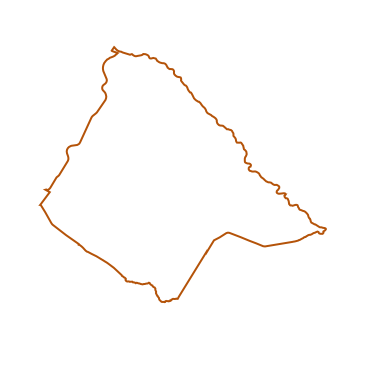 outline of Capital, Tucumán, Argentina, rotated 290°
{"feature_id": "61730980B8317426780894", "entity_name": "Capital", "entity_type": "district", "adm_level": 2, "iso_a3": "ARG", "parent_name": "Argentina", "parent_adm1": "Tucumán", "projection": "orthographic", "projection_center": [-65.196, -26.847], "detail": "fine", "context": "isolated", "style": "outline", "palette": "amber", "viewbox_px": 384, "rotation_deg": 290, "n_neighbors": 0, "source": "geoboundaries", "source_scale": "gbopen_adm2", "svg_char_len": 5932}
<svg xmlns="http://www.w3.org/2000/svg" viewBox="0 0 384 384"><g transform="rotate(290 192 192)"><path d="M301.5,69.3L297.3,68.2L297.2,68.3L297.1,70.0L297.2,73.5L297.1,74.6L296.5,74.2L295.6,74.0L295.0,73.4L293.6,72.8L292.1,71.4L289.9,68.8L288.8,68.2L287.3,66.8L286.7,66.7L285.8,66.2L283.1,65.4L281.1,65.3L279.0,65.6L277.2,66.2L275.3,67.3L268.9,73.2L267.8,73.8L266.4,74.0L265.5,73.9L264.3,73.5L262.1,72.1L260.7,71.7L259.4,71.9L258.2,72.4L257.6,72.9L257.2,73.4L255.9,75.9L255.3,76.7L254.3,77.6L252.4,78.8L250.7,79.2L248.9,79.2L234.2,75.4L233.0,74.8L229.4,72.6L227.9,72.1L200.8,69.9L199.0,69.6L198.3,69.2L197.0,68.1L196.6,67.4L194.2,62.9L193.7,62.3L192.2,61.0L190.9,60.4L189.2,60.1L188.3,60.2L187.3,60.4L185.6,61.3L183.2,63.3L182.1,64.0L181.2,64.4L180.2,64.7L178.6,64.7L162.4,61.4L161.1,60.8L160.4,60.3L159.3,59.7L147.4,57.4L146.3,57.0L145.0,56.2L144.6,55.7L144.4,55.2L144.5,54.2L144.0,53.5L143.2,58.4L128.0,53.8L128.1,54.1L127.6,54.9L122.8,61.0L114.8,70.3L114.0,71.4L113.6,72.2L110.1,83.1L108.4,88.4L104.4,103.3L103.9,103.3L103.6,103.5L103.7,104.0L103.9,104.3L103.1,106.8L102.3,108.7L100.5,112.1L100.0,113.8L100.1,114.7L99.5,118.9L98.9,124.3L96.4,136.6L94.0,144.5L89.8,154.4L89.2,154.9L88.9,156.5L88.5,157.2L88.5,158.0L88.2,158.8L87.9,159.4L87.6,159.6L87.4,159.6L86.9,159.5L86.6,159.6L85.8,160.7L85.7,161.7L86.2,162.7L86.4,163.5L86.3,163.8L86.3,164.2L86.9,165.5L87.1,166.1L87.3,166.4L87.2,167.0L86.9,167.3L86.9,167.5L87.3,168.6L87.2,169.2L87.3,169.8L87.1,170.4L87.6,170.7L87.8,171.1L87.9,171.9L87.8,172.7L88.1,174.1L88.0,175.1L88.3,177.1L88.5,177.5L88.9,177.9L89.4,179.1L90.2,180.2L90.9,181.7L92.0,182.5L92.0,183.3L91.2,184.2L90.6,185.8L90.6,186.8L90.0,187.3L89.7,187.9L89.5,188.5L89.5,189.5L88.7,190.6L87.5,191.0L86.0,192.4L85.5,192.6L84.9,192.6L84.5,192.8L84.0,193.4L83.4,193.9L83.1,194.4L82.6,194.8L82.6,195.2L82.1,195.6L81.2,197.1L80.3,197.6L79.4,198.5L79.0,199.6L78.6,200.2L78.4,201.4L79.1,203.2L79.1,203.8L79.4,204.3L80.1,204.3L80.8,205.0L80.8,205.6L81.4,207.2L81.3,207.5L82.2,208.8L82.4,209.0L82.8,208.8L83.1,209.4L83.4,209.6L83.8,209.5L84.2,209.9L85.1,210.7L85.6,212.6L86.0,213.1L86.2,213.7L86.5,213.9L86.7,215.1L89.3,215.5L140.7,226.1L140.2,226.4L154.1,229.2L158.8,233.5L165.2,238.4L166.1,239.7L166.4,241.2L166.2,253.2L165.8,262.8L165.7,270.1L165.4,277.4L165.8,279.2L179.5,303.5L180.2,304.6L180.6,305.4L181.7,307.0L182.7,308.4L183.3,308.8L183.4,309.1L184.3,310.1L185.1,310.7L186.9,312.4L188.0,313.0L188.5,314.0L188.8,314.3L189.6,314.6L190.2,315.3L191.1,315.9L191.9,316.9L192.1,317.6L192.3,317.9L193.3,319.0L194.9,320.2L195.9,321.6L196.6,322.2L197.7,323.4L197.7,324.5L197.4,324.8L196.9,325.2L196.6,325.8L196.6,326.2L196.7,327.1L197.4,329.0L197.7,329.2L198.7,329.5L199.4,329.0L199.9,329.0L201.4,330.1L202.5,330.5L203.0,330.5L203.4,330.0L203.5,329.1L203.1,327.1L203.1,325.8L202.7,324.6L202.6,323.9L203.7,319.0L203.5,318.2L203.7,317.3L204.1,314.6L204.9,313.7L206.6,312.6L207.2,312.0L207.1,311.8L207.3,311.5L207.8,310.7L208.5,310.0L210.3,308.7L211.2,307.2L212.1,305.3L212.3,304.1L212.3,303.5L212.2,302.8L212.3,300.5L212.3,300.0L212.2,299.7L212.3,299.1L212.5,298.7L213.3,298.1L213.9,297.1L215.5,295.9L215.7,295.6L215.7,294.7L215.2,293.5L213.5,291.3L213.4,290.0L213.1,289.3L213.1,288.7L213.3,288.3L213.8,287.8L213.9,287.4L216.6,285.9L218.4,284.2L218.5,283.2L218.2,282.3L218.7,281.3L219.2,280.6L220.0,280.3L221.0,280.7L221.5,280.8L221.4,280.6L221.7,280.7L222.1,280.6L222.5,279.8L222.2,278.6L220.7,275.7L220.6,275.2L220.3,274.9L220.0,274.0L220.0,273.1L220.2,272.2L220.4,271.9L220.8,271.6L221.8,271.4L222.6,271.6L223.6,272.2L225.7,272.6L226.5,272.3L227.0,272.0L227.1,271.8L227.4,270.8L227.7,269.2L226.8,267.0L227.0,265.3L227.8,263.1L227.6,261.6L227.2,260.4L227.4,257.9L227.8,257.1L228.1,256.2L228.9,254.6L229.1,253.8L229.4,253.0L229.4,252.5L229.8,251.7L230.5,250.8L230.8,250.1L231.5,249.6L232.3,248.6L232.6,247.7L233.0,245.7L232.9,244.2L232.2,242.7L231.8,241.6L231.8,239.8L231.7,239.1L231.9,238.6L232.4,237.9L232.8,237.5L234.0,237.1L234.7,237.2L235.1,237.5L235.4,237.6L235.8,238.3L237.1,238.3L237.8,237.9L238.2,237.1L238.3,236.2L237.8,234.5L237.8,233.1L237.9,232.2L238.2,231.6L239.0,231.1L241.4,230.2L242.9,230.1L244.0,230.4L245.9,230.5L246.6,230.3L247.2,229.9L247.9,229.6L248.6,229.1L249.1,228.3L249.7,227.1L249.9,226.3L250.5,225.8L251.7,225.2L252.0,224.8L252.9,224.4L253.3,223.8L253.8,223.3L254.0,222.9L255.0,221.5L255.1,221.0L255.0,220.4L254.5,219.6L254.0,218.1L253.8,217.3L254.4,216.5L255.1,215.9L256.1,215.4L257.2,214.6L258.3,212.9L258.6,212.1L258.8,211.9L259.7,211.4L260.6,211.2L261.4,210.7L262.0,209.8L263.0,208.8L263.5,207.6L263.5,207.0L263.3,205.8L263.4,204.6L262.9,203.4L264.4,199.7L264.8,198.4L264.5,197.0L264.1,195.8L264.1,194.5L264.7,193.1L265.2,192.3L266.6,191.2L267.4,191.0L268.5,190.2L269.4,188.7L270.0,186.6L270.3,184.7L270.8,183.8L271.4,179.8L271.8,179.0L272.6,177.9L273.7,177.1L274.7,176.0L275.4,174.9L276.2,172.8L277.2,171.2L278.0,170.1L278.5,169.4L279.2,167.7L279.0,167.3L279.0,166.9L279.3,165.8L279.4,164.9L280.0,163.3L280.7,161.9L283.7,158.8L284.9,157.3L285.1,156.8L284.9,156.1L286.2,154.0L287.2,152.9L288.6,151.8L289.4,150.8L289.9,149.9L289.9,149.0L290.2,147.9L292.6,144.0L293.1,143.5L294.2,143.3L295.1,142.8L295.7,142.2L295.7,141.0L295.5,140.4L295.3,138.9L295.3,138.3L295.7,136.8L296.4,135.4L296.9,134.8L297.7,134.3L299.4,133.8L300.0,133.2L300.5,132.5L300.7,131.7L300.2,129.7L299.9,129.1L299.9,128.6L300.1,127.8L300.6,126.4L301.1,126.1L301.8,125.2L302.5,124.5L303.3,123.1L303.4,122.0L303.3,121.2L302.9,120.0L302.7,117.9L302.8,116.5L303.5,114.1L304.0,113.7L305.0,112.3L304.7,109.7L303.6,108.2L303.2,107.0L303.3,106.5L303.7,105.8L304.8,104.9L305.3,104.0L305.5,103.1L305.6,101.3L305.2,99.7L305.0,99.0L304.1,98.6L303.1,97.5L302.0,95.6L301.2,94.2L300.6,93.3L300.2,92.2L300.2,91.2L300.4,90.2L300.6,89.4L300.9,88.9L301.0,88.4L300.8,88.0L299.8,86.8L299.4,79.2L299.6,77.3L299.4,76.6L299.3,75.3L299.4,73.9L300.0,72.0L300.7,70.9L301.0,70.0L301.3,69.8L301.5,69.3Z" fill="none" stroke="#b45309" stroke-width="2"/></g></svg>